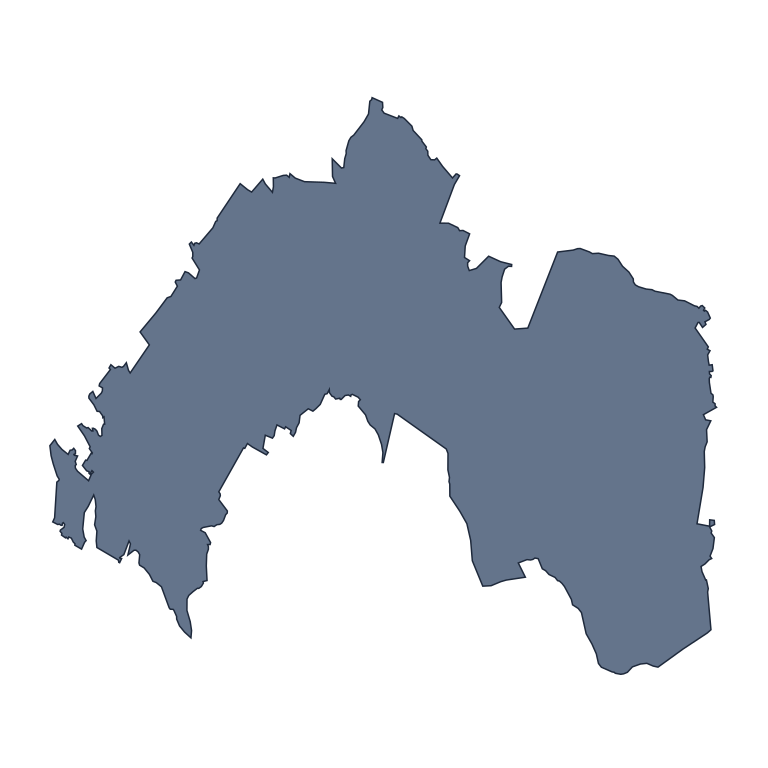 Stangaceaua, Mehedinti, Romania (Natural Earth projection), rotated 271°
{"feature_id": "2599482B21772436223412", "entity_name": "Stangaceaua", "entity_type": "district", "adm_level": 2, "iso_a3": "ROU", "parent_name": "Romania", "parent_adm1": "Mehedinti", "projection": "natural_earth1", "projection_center": [23.284, 44.603], "detail": "fine", "context": "isolated", "style": "filled", "palette": "slate", "viewbox_px": 768, "rotation_deg": 271, "n_neighbors": 0, "source": "geoboundaries", "source_scale": "gbopen_adm2", "svg_char_len": 6067}
<svg xmlns="http://www.w3.org/2000/svg" viewBox="0 0 768 768"><g transform="rotate(271 384 384)"><path d="M273.0,451.8L258.0,462.1L245.8,469.3L229.1,473.4L208.8,475.4L183.6,486.3L184.2,494.6L188.4,504.2L190.1,509.7L193.3,528.7L207.4,521.4L210.9,530.0L210.6,533.5L211.2,535.9L212.6,537.9L212.1,541.2L202.0,545.5L200.2,548.8L196.4,552.3L193.6,558.4L190.4,561.0L190.0,562.9L187.7,565.5L184.6,568.0L171.9,575.1L166.5,576.4L163.0,582.1L158.9,585.4L137.8,590.5L127.6,596.5L117.9,601.0L108.3,603.3L104.6,606.3L100.1,617.1L99.8,619.2L98.8,620.3L97.9,625.8L98.4,628.7L100.0,632.4L105.5,637.3L108.5,645.3L109.3,651.7L106.7,658.0L105.7,662.9L124.3,687.7L140.7,711.6L144.0,715.2L181.7,711.2L185.1,711.8L193.7,709.8L193.5,709.1L202.0,705.2L207.1,704.2L209.7,708.1L214.0,712.2L215.2,714.7L217.6,713.0L225.2,715.8L236.2,717.0L240.7,713.7L242.7,714.3L246.8,712.1L249.3,717.0L253.4,716.6L253.9,712.0L247.5,712.0L249.7,699.4L286.1,704.8L306.0,706.1L322.1,705.4L326.8,706.2L331.8,708.1L344.0,707.3L352.9,711.4L353.8,706.2L358.9,703.9L366.5,716.9L367.9,715.4L370.0,715.4L371.7,713.1L377.0,713.4L378.8,713.1L380.5,711.1L391.1,709.3L395.1,709.1L396.5,709.7L396.3,710.7L398.1,711.0L399.8,709.3L402.2,709.1L402.3,711.8L402.9,712.7L409.0,711.8L408.5,708.8L412.2,708.0L418.7,707.1L423.0,709.4L424.4,706.6L426.8,707.6L445.4,694.1L451.0,696.9L451.1,698.1L446.1,701.5L449.2,704.9L451.8,703.8L454.2,708.1L455.6,709.1L461.6,706.3L463.3,704.2L462.5,703.0L463.3,702.2L465.6,703.4L468.0,700.8L467.5,699.3L465.3,697.5L467.0,695.7L467.6,693.0L472.4,683.1L473.1,676.4L477.6,670.8L478.8,668.4L481.5,653.3L483.0,650.3L483.5,644.5L485.7,636.8L487.5,633.5L490.4,631.6L493.5,631.4L500.2,626.9L505.9,620.4L512.8,615.8L515.9,611.9L516.4,606.3L518.5,596.3L518.0,590.0L519.6,587.2L522.9,577.8L522.7,575.1L521.2,570.9L519.0,555.3L442.4,526.8L441.2,513.6L462.6,497.9L467.6,500.2L487.5,499.3L493.0,500.2L500.9,502.6L503.9,506.4L503.8,509.5L505.7,509.6L508.3,498.5L513.6,486.4L501.2,474.4L498.9,467.3L503.3,465.6L506.7,465.5L508.8,467.4L511.9,462.3L523.4,462.8L535.6,467.0L538.9,460.3L538.6,456.9L541.6,455.1L545.9,445.7L545.8,437.1L584.7,450.9L593.6,455.9L595.2,453.5L595.3,452.4L591.2,448.9L602.7,438.7L610.8,432.8L609.0,430.7L609.1,426.9L613.5,423.9L617.5,423.7L620.1,421.7L621.7,422.2L627.4,417.7L628.9,417.5L638.0,408.7L642.3,407.4L649.8,399.7L651.4,397.1L650.7,396.3L652.3,394.2L649.8,393.0L654.8,379.4L658.0,377.0L660.5,378.0L665.6,377.6L670.1,367.1L668.1,366.7L666.5,364.9L653.7,363.8L645.9,359.5L632.3,349.4L630.1,346.6L626.6,344.6L616.7,342.0L613.7,342.2L608.6,340.8L599.7,340.0L599.2,337.7L608.3,328.3L590.6,328.9L583.8,332.1L584.6,321.0L584.9,301.0L588.3,291.7L592.7,286.3L589.0,285.6L591.1,283.0L590.8,279.6L588.1,271.6L588.2,269.7L579.2,270.0L573.7,269.1L582.0,261.8L586.7,259.2L573.6,248.3L575.9,244.2L581.8,236.7L547.0,214.3L544.4,214.3L543.6,212.9L537.2,210.2L520.8,196.7L521.9,194.0L521.4,192.3L519.3,191.5L522.6,188.9L520.5,186.9L512.3,190.5L508.2,190.6L506.6,189.9L494.8,197.5L486.8,194.8L486.1,193.2L491.7,186.6L492.9,183.1L484.5,178.8L484.1,174.3L482.3,173.5L478.2,175.7L467.8,169.4L466.4,165.7L451.1,154.7L431.8,139.2L419.0,148.7L390.6,130.0L393.2,128.3L400.8,126.0L397.1,123.3L396.1,121.7L397.0,118.5L395.1,114.8L398.5,110.6L395.2,108.8L393.7,110.2L379.5,99.7L377.1,99.2L375.2,102.6L372.0,102.5L369.9,101.5L364.5,96.3L371.5,93.0L368.9,90.0L366.7,89.1L364.7,89.2L358.1,94.3L351.7,97.6L351.5,100.1L347.3,103.2L345.4,103.5L346.2,104.6L339.0,105.4L338.9,104.3L334.5,102.6L327.7,102.9L326.6,101.3L327.9,99.4L331.9,97.8L333.7,96.2L334.7,94.1L334.6,93.2L332.0,93.8L331.9,92.6L335.3,88.9L334.8,87.5L337.1,83.7L339.1,82.3L336.6,78.5L326.9,85.4L316.1,91.3L314.3,90.5L310.0,93.6L309.2,93.2L309.8,92.5L302.4,88.3L302.7,87.0L297.3,83.9L292.0,88.2L291.2,90.6L289.6,90.6L288.8,91.5L292.3,93.5L290.8,95.0L288.9,93.1L282.1,90.3L291.4,79.1L294.5,76.9L297.0,76.7L298.1,77.7L301.3,76.6L306.7,78.9L307.3,75.7L308.2,75.2L308.9,76.7L312.0,76.7L314.3,74.9L312.6,73.3L312.3,71.3L308.1,69.4L312.9,63.2L318.0,58.6L322.8,55.8L316.5,51.0L306.5,52.4L298.3,54.7L286.4,58.8L283.1,60.9L281.9,60.6L280.2,58.6L244.5,57.0L240.3,55.2L237.8,60.3L238.2,61.8L237.1,63.5L237.1,64.6L239.2,65.0L239.8,65.8L238.1,67.2L235.1,66.6L232.3,63.0L231.1,62.7L229.1,64.5L227.3,64.2L224.6,68.2L225.3,68.8L223.7,70.7L225.5,71.5L224.4,74.1L220.5,76.1L218.9,77.8L217.4,77.7L213.6,84.5L220.5,87.4L222.2,88.9L225.7,86.9L233.8,85.3L250.2,86.6L256.5,90.4L267.9,95.7L263.5,97.3L256.3,98.2L252.1,97.6L246.4,98.2L238.2,97.1L231.9,99.5L222.1,99.0L215.5,99.8L203.2,121.6L201.1,121.9L200.7,122.8L204.9,124.7L205.2,122.9L205.8,122.7L208.9,126.9L222.6,131.8L219.7,133.3L208.5,130.9L213.4,137.0L213.5,138.9L211.8,141.1L209.1,142.7L200.8,142.1L198.6,142.8L195.9,147.4L189.5,152.8L182.7,156.4L181.5,159.7L177.4,165.0L156.5,173.1L155.1,174.2L155.0,177.1L154.2,177.8L148.0,180.7L145.3,180.8L138.5,183.8L132.5,188.9L126.8,195.4L134.1,195.9L143.0,194.4L154.2,190.9L165.5,190.8L169.2,192.5L172.9,196.5L176.5,201.0L176.4,202.3L178.3,204.9L181.8,206.9L183.3,206.5L184.4,210.5L199.0,209.5L210.8,209.7L215.7,211.3L218.3,211.3L220.4,210.4L220.4,212.9L222.4,213.4L232.2,207.8L234.5,203.2L236.3,203.8L237.4,205.7L239.2,214.1L238.5,216.6L240.4,219.3L240.8,222.3L242.0,224.1L244.7,225.9L250.6,228.0L252.2,229.5L254.3,229.6L265.6,220.8L269.4,222.3L271.3,222.1L273.3,220.7L317.6,244.6L317.2,245.9L322.1,248.5L318.7,253.5L311.1,267.7L313.5,269.5L317.5,264.1L330.7,266.2L327.9,273.4L330.4,275.1L335.3,275.8L341.2,277.7L337.4,285.4L339.5,286.4L335.9,292.0L332.8,291.2L330.1,294.2L334.2,296.4L338.8,297.3L343.7,299.8L351.2,300.6L357.9,308.7L355.6,313.4L358.0,316.2L362.5,320.6L372.7,325.0L373.3,327.3L377.5,329.4L374.4,329.6L370.9,332.2L370.3,334.0L368.1,335.9L369.0,340.0L367.8,340.5L367.8,341.5L371.8,345.3L372.4,348.6L371.1,350.9L372.5,351.2L373.1,352.5L370.4,358.3L367.9,360.6L366.0,358.9L361.5,358.6L352.8,366.1L346.4,368.5L342.8,370.9L338.9,375.8L333.1,379.2L323.5,382.6L315.4,384.1L305.5,383.5L305.5,384.7L354.6,395.1L354.1,397.7L320.1,447.4L315.7,449.2L299.2,449.4L291.7,451.1L287.5,450.7L285.1,451.5L273.0,451.8Z" fill="#64748b" stroke="#1e293b" stroke-width="1.5"/></g></svg>